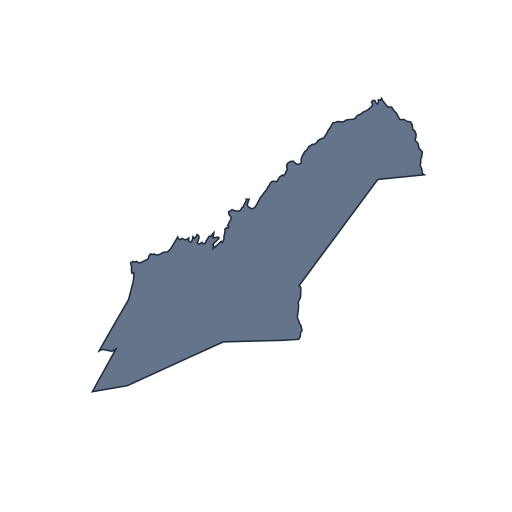 the district of Pinheiro, Maranhão, Brazil, rotated 210°
{"feature_id": "56859067B21077671086214", "entity_name": "Pinheiro", "entity_type": "district", "adm_level": 2, "iso_a3": "BRA", "parent_name": "Brazil", "parent_adm1": "Maranhão", "projection": "equal_earth", "projection_center": [-45.102, -2.495], "detail": "fine", "context": "isolated", "style": "filled", "palette": "slate", "viewbox_px": 512, "rotation_deg": 210, "n_neighbors": 0, "source": "geoboundaries", "source_scale": "gbopen_adm2", "svg_char_len": 3642}
<svg xmlns="http://www.w3.org/2000/svg" viewBox="0 0 512 512"><g transform="rotate(210 256 256)"><path d="M361.2,187.6L359.8,185.8L358.1,184.1L357.2,182.2L356.3,180.7L354.8,179.0L353.6,180.5L352.4,178.8L351.0,175.8L349.9,173.5L344.6,154.6L344.6,150.0L344.6,145.1L344.6,118.1L344.6,112.5L344.6,109.8L344.4,95.3L343.1,97.4L341.6,98.7L340.1,99.1L338.8,99.6L337.4,99.9L335.7,100.7L334.0,101.0L332.8,101.8L330.8,105.4L329.9,56.6L302.5,79.5L291.5,95.0L268.8,126.9L261.8,136.8L258.5,141.3L248.9,154.8L241.4,165.2L222.8,176.7L203.8,188.3L191.8,195.6L177.5,205.1L177.3,207.8L178.0,209.8L178.9,211.5L179.1,214.9L181.0,216.8L182.2,218.2L183.9,218.9L187.4,221.9L189.0,222.8L190.2,224.9L192.6,230.9L194.2,234.2L195.4,235.8L196.6,237.9L196.5,240.9L197.4,244.1L198.6,245.7L200.1,248.9L201.3,250.9L202.5,251.7L203.9,251.8L203.1,258.2L202.2,266.3L200.5,281.4L197.5,307.0L197.2,309.4L194.3,335.5L193.8,339.3L190.9,364.9L189.1,380.5L188.5,383.4L150.8,410.5L153.6,410.8L154.6,412.8L156.7,414.8L159.4,416.7L159.9,419.2L161.6,421.6L162.1,424.8L163.1,427.1L163.9,429.3L166.3,430.1L168.5,430.6L170.8,433.2L172.4,434.8L174.3,435.2L176.0,435.7L177.0,439.1L178.3,441.6L181.0,443.7L183.8,444.2L184.8,445.7L186.2,447.7L189.0,449.4L191.8,448.5L193.2,447.8L195.6,448.4L196.8,447.9L198.1,446.7L199.8,446.3L203.0,448.1L204.5,449.1L206.1,450.1L208.4,450.5L209.9,451.2L213.0,452.8L214.3,452.1L216.5,451.1L219.1,451.9L224.4,454.1L226.2,455.4L226.3,453.1L228.2,452.3L227.1,450.8L226.8,448.3L228.8,448.6L230.8,450.1L232.5,449.3L233.0,447.0L231.7,446.3L230.6,445.1L230.7,443.1L231.9,439.3L233.3,436.5L235.2,434.3L235.8,432.2L237.0,430.2L238.4,428.7L238.9,425.6L239.4,423.8L240.7,422.6L243.2,421.0L244.6,419.9L246.1,418.6L246.9,416.6L248.0,415.4L249.9,414.6L252.7,413.2L254.1,411.2L255.8,410.1L256.0,407.4L255.9,404.0L256.3,401.3L256.1,397.9L256.3,392.5L258.0,390.3L259.1,388.8L260.1,386.7L260.1,384.1L261.8,381.4L263.1,380.9L263.8,379.1L265.0,377.3L265.0,373.6L266.0,370.7L265.9,365.6L265.5,362.9L263.4,359.0L264.8,356.9L266.6,355.9L268.9,356.2L271.1,356.8L272.9,355.6L274.4,353.5L275.1,351.8L274.6,349.7L273.5,347.8L272.1,346.7L272.3,344.2L271.8,342.3L272.3,339.2L273.6,339.3L275.0,336.3L275.1,333.0L275.1,330.7L276.9,330.2L279.1,328.9L280.0,326.9L279.9,323.8L280.2,321.6L279.9,319.1L280.3,316.9L280.7,315.0L280.9,311.1L281.5,309.2L281.3,306.7L281.2,303.5L281.1,300.3L281.5,296.9L283.3,294.7L286.5,294.7L288.2,295.1L289.3,296.3L289.9,299.1L290.4,301.8L291.6,300.8L292.9,300.5L292.0,298.1L292.0,294.7L291.6,292.4L292.4,290.7L292.3,287.8L294.2,285.7L296.2,284.9L298.1,284.3L299.9,284.3L300.7,282.2L301.9,280.6L300.3,278.5L298.4,277.7L296.7,276.9L296.0,274.5L296.2,272.7L295.9,270.1L295.8,268.0L294.3,267.9L294.0,266.0L295.9,265.7L296.4,263.8L295.1,261.7L294.3,259.6L293.6,256.9L292.5,255.3L292.0,253.3L291.9,250.8L293.5,251.3L294.7,247.3L295.8,243.6L297.1,241.2L297.7,243.7L298.9,244.1L298.8,246.3L298.0,248.2L297.6,250.5L296.7,252.9L298.3,253.5L300.3,251.7L302.6,250.2L303.1,252.9L304.2,255.3L304.7,252.9L305.1,250.5L306.4,249.7L306.6,246.9L306.6,244.1L306.4,241.4L307.9,240.2L309.4,240.9L310.4,239.3L311.3,237.9L313.2,237.6L313.9,240.8L314.5,243.5L316.0,245.1L317.8,245.1L317.7,242.1L318.2,240.4L320.3,241.2L319.4,238.7L319.0,236.3L320.2,235.1L322.0,235.5L323.2,238.0L324.1,236.0L325.3,234.6L329.0,234.2L330.2,232.0L331.8,232.0L333.3,233.4L333.5,219.5L334.2,217.1L334.9,214.9L337.3,213.6L338.6,212.2L339.4,210.4L340.9,208.5L343.1,206.9L345.5,206.8L346.6,205.2L348.1,205.3L348.8,203.3L348.4,201.2L348.0,199.2L349.6,197.1L350.9,195.0L351.9,193.5L353.2,192.0L354.7,191.4L356.6,191.7L357.8,190.2L359.8,189.8L361.2,187.6Z" fill="#64748b" stroke="#1e293b" stroke-width="1.5"/></g></svg>